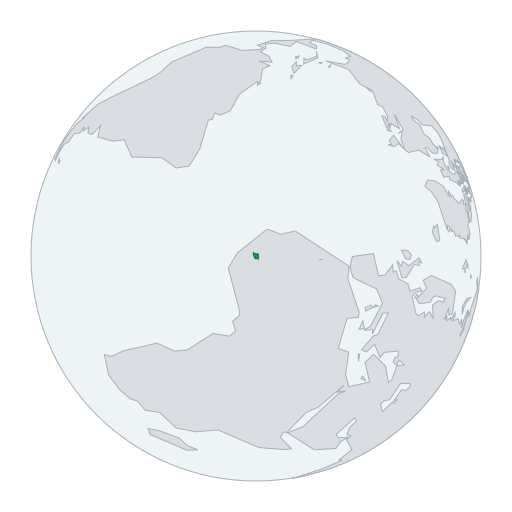 Dinguiraye highlighted on a globe, orthographic projection, rotated 87°
{"feature_id": "GIN-5634", "entity_name": "Dinguiraye", "entity_type": "Prefecture", "adm_level": 1, "iso_a3": "GIN", "parent_name": "Guinea", "parent_adm1": "", "projection": "orthographic", "projection_center": [-10.675, 11.582], "detail": "medium", "context": "on_globe", "style": "filled", "palette": "green", "viewbox_px": 512, "rotation_deg": 87, "n_neighbors": 0, "source": "natural_earth", "source_scale": "10m", "svg_char_len": 9395}
<svg xmlns="http://www.w3.org/2000/svg" viewBox="0 0 512 512"><g transform="rotate(87 256 256)"><circle cx="256" cy="256" r="225" fill="#eef3f6" stroke="#a8b0b8"/><path d="M189.9,40.6L189.2,41.0L170.2,49.8L174.7,48.3L170.3,51.7L173.8,51.4L169.3,53.8L176.0,51.7L179.5,49.6L183.6,48.2L186.0,48.1L180.6,50.8L178.7,51.3L178.3,52.1L174.6,53.6L177.8,52.8L171.0,56.6L181.2,52.8L178.7,55.9L173.3,58.5L169.4,58.2L147.1,65.6L140.4,69.4L134.9,74.3L133.8,83.1L128.3,87.7L124.0,94.0L129.1,91.1L134.2,85.3L142.6,82.1L147.9,76.1L152.1,74.2L159.4,68.6L163.0,69.8L162.6,74.2L156.8,79.1L156.5,81.4L165.9,77.4L158.8,88.0L160.6,98.2L158.2,101.4L146.7,105.2L136.9,102.7L121.9,110.3L136.4,106.1L130.3,115.1L131.3,117.2L134.4,117.4L138.6,114.5L137.5,118.0L122.8,122.9L123.5,119.7L128.2,118.0L123.5,117.2L113.6,121.8L111.2,126.6L98.6,130.5L96.8,134.2L93.1,137.6L96.8,131.1L89.8,143.2L74.6,153.7L64.8,176.2L69.3,157.3L67.7,153.9L64.8,152.6L63.1,156.2L61.7,151.3L56.3,156.8L48.0,173.8L43.5,188.3L45.6,191.5L49.1,184.5L52.4,184.9L43.9,204.4L48.5,210.8L44.4,226.4L44.9,235.6L48.8,235.2L52.3,240.9L56.9,232.9L63.4,229.8L61.4,242.8L66.7,232.1L69.2,239.5L83.5,242.8L81.8,245.5L93.5,264.0L109.7,274.1L113.4,284.3L111.1,289.8L117.5,292.6L117.6,296.4L145.9,306.5L162.8,318.0L163.9,331.2L153.0,344.8L150.7,374.7L133.1,381.6L133.7,393.1L128.9,407.9L117.6,404.4L126.2,413.6L124.2,417.4L118.3,416.2L122.0,421.8L117.8,420.8L123.9,425.4L124.3,431.0L132.4,437.5L134.5,441.8L140.0,445.6L138.2,444.9L138.1,445.6L140.5,447.4L131.8,442.5L121.2,434.4L118.4,431.0L115.9,429.6L109.0,420.4L108.9,421.8L96.1,405.7L90.1,393.0L73.3,352.2L68.3,342.9L57.9,330.1L44.8,294.5L45.8,282.4L44.0,275.3L49.9,259.2L50.0,241.2L48.4,237.8L45.7,243.5L41.7,229.5L42.5,215.3L42.4,184.6L44.0,179.7L50.0,164.8L57.1,150.3L65.1,136.4L74.1,123.1L84.0,110.5L94.8,98.6L106.5,87.5L118.9,77.3L131.9,68.0L145.7,59.6L159.9,52.2L174.7,45.9L189.9,40.6ZM61.4,183.7L66.9,198.4L60.8,197.6L62.5,196.0L61.7,190.5L59.3,184.6L54.8,185.1L61.4,183.7ZM70.3,173.0L69.1,171.5L70.7,172.0L70.3,173.0ZM156.9,68.5L158.0,68.6L156.1,69.5L156.9,68.5ZM158.9,66.2L155.7,67.2L156.2,66.3L158.1,65.7L158.9,66.2ZM162.6,65.1L157.5,64.6L158.4,63.1L166.5,59.5L162.6,65.1ZM179.6,49.1L176.0,51.2L176.7,49.7L179.6,49.1ZM179.0,48.5L175.6,47.0L182.0,44.2L181.9,45.0L188.5,42.0L193.4,41.3L190.8,42.9L185.7,44.7L191.5,43.1L179.0,48.5ZM185.3,47.5L184.0,47.2L189.5,44.7L193.1,44.8L190.2,45.6L185.3,47.5ZM187.9,41.8L192.6,40.3L197.8,39.2L200.4,38.5L194.1,41.1L187.9,41.8ZM190.1,46.1L194.8,45.0L194.3,46.2L186.9,47.6L190.1,46.1ZM189.5,44.1L192.2,43.0L191.9,43.6L189.5,44.1ZM195.4,50.7L193.8,49.9L196.5,48.5L195.4,50.7ZM196.5,44.6L196.7,44.2L197.6,43.7L200.4,43.3L196.5,44.6ZM198.2,40.4L199.4,40.4L201.1,39.2L205.1,38.7L200.1,40.7L203.9,39.7L205.2,39.5L199.7,41.4L198.2,40.4ZM206.1,41.5L201.1,44.5L203.6,45.9L201.2,47.1L197.7,44.7L206.1,41.5ZM202.8,41.2L204.3,41.6L200.6,42.7L197.3,43.1L202.8,41.2ZM209.6,37.8L204.7,38.0L205.9,37.7L209.6,37.8ZM207.5,41.6L208.7,41.0L208.1,41.6L207.5,41.6ZM209.7,38.6L207.9,38.7L209.3,38.2L209.7,38.6ZM212.5,39.8L211.0,40.6L208.7,40.8L212.5,39.8ZM211.9,39.1L214.3,38.4L208.8,40.4L210.8,39.1L211.9,39.1ZM211.4,38.2L211.7,37.9L212.0,38.3L211.4,38.2ZM222.1,38.9L215.7,41.3L210.7,41.5L217.6,39.1L222.1,38.9ZM148.7,451.9L133.7,443.9L141.0,447.8L140.1,446.0L150.2,451.3L148.7,451.9ZM148.6,447.3L151.1,446.8L153.4,448.0L152.2,448.7L148.6,447.3ZM469.2,183.3L472.6,194.8L477.6,215.9L479.0,226.8L471.5,199.6L464.4,180.5L464.0,183.9L454.3,170.4L444.2,175.4L440.8,170.9L439.3,174.5L432.2,171.5L426.0,164.2L422.7,166.1L438.5,185.3L441.9,183.5L441.8,173.7L445.8,181.2L452.4,186.2L452.5,208.2L434.2,233.6L429.0,218.2L397.3,180.3L396.4,175.4L396.1,174.9L395.5,174.0L396.1,182.1L389.5,174.8L410.1,201.6L415.0,214.2L434.0,234.6L433.1,237.5L438.1,241.3L450.2,230.9L451.0,236.3L447.4,263.4L427.7,303.0L428.4,325.1L423.6,344.7L407.1,360.6L404.2,374.8L395.1,381.5L391.6,389.7L381.8,399.5L367.0,409.4L346.5,412.6L348.7,405.5L343.6,392.7L337.9,359.4L346.7,342.3L346.3,329.7L331.1,302.9L334.7,286.5L329.7,280.2L320.1,282.8L314.0,275.3L307.8,275.7L266.6,284.3L252.0,274.5L229.6,243.3L235.6,230.2L233.1,215.5L271.1,163.6L283.2,165.5L317.8,155.9L322.8,157.1L323.1,168.4L352.6,178.7L356.9,168.5L379.2,172.7L391.3,170.1L387.8,149.1L368.0,152.7L360.3,143.7L372.7,132.4L389.3,130.4L386.8,126.9L372.7,120.9L372.8,113.7L367.3,118.4L372.3,121.4L369.0,124.7L364.3,122.3L364.5,119.6L358.4,119.0L358.9,132.8L364.0,137.4L350.4,142.2L357.6,150.6L355.2,155.5L342.2,143.3L340.6,138.3L319.5,126.8L319.9,132.3L339.9,143.8L335.3,143.4L336.0,152.0L331.8,145.1L309.9,132.1L295.2,137.4L282.8,160.1L272.8,162.9L261.6,159.8L259.7,138.5L282.2,134.7L281.8,128.2L271.8,119.9L279.4,119.9L278.1,116.4L286.1,115.0L291.9,105.7L299.1,104.0L296.3,93.9L299.6,91.9L300.4,98.2L304.8,102.1L322.2,99.2L324.0,96.7L320.8,90.7L326.0,91.1L320.6,85.7L328.0,82.2L314.4,82.3L310.2,76.3L311.8,71.2L308.0,69.5L305.3,78.0L306.4,81.5L311.3,84.4L312.2,95.4L307.3,98.0L297.1,87.3L289.0,90.3L284.6,81.7L294.7,62.4L301.6,58.5L323.8,62.9L325.2,66.4L317.9,66.3L329.4,71.3L326.2,68.5L330.5,69.2L327.6,64.6L330.5,64.9L322.7,60.2L326.0,60.2L330.9,63.1L329.3,57.2L334.6,56.5L332.9,55.1L329.5,53.8L338.6,54.4L336.9,53.4L333.2,52.8L327.5,50.5L320.8,47.1L324.3,47.4L327.2,48.7L338.5,52.4L345.6,56.4L346.3,56.3L341.0,53.0L327.3,48.3L322.3,46.2L328.7,47.9L326.0,47.1L324.6,46.2L326.5,45.9L319.4,44.0L299.5,36.3L301.2,35.7L309.1,37.5L300.7,35.2L317.0,39.1L333.0,44.3L348.5,50.6L363.5,58.0L378.0,66.6L391.7,76.2L404.7,86.8L416.9,98.3L428.2,110.7L438.5,123.9L447.8,137.9L456.1,152.5L463.2,167.6L469.2,183.3ZM262.9,189.1L263.0,193.6L262.9,189.1ZM410.4,139.4L418.1,138.0L408.6,126.8L410.7,125.6L406.7,122.5L407.8,126.0L397.1,117.6L398.2,113.3L394.1,108.7L391.4,109.0L391.0,118.4L406.5,130.1L407.3,135.5L410.4,139.4ZM84.0,242.8L85.5,245.7L83.0,245.2L84.0,242.8ZM58.5,202.5L60.4,203.6L60.9,206.0L59.1,206.1L58.5,202.5ZM78.0,209.6L80.9,211.7L77.3,211.7L78.0,209.6ZM68.1,200.5L75.7,208.5L68.7,210.4L64.2,205.5L68.2,205.7L68.1,200.5ZM66.4,179.8L67.2,181.2L66.0,183.4L66.4,179.8ZM71.5,173.5L70.9,173.5L71.1,171.3L71.5,173.5ZM131.1,114.8L132.3,114.5L134.8,115.5L132.3,116.6L131.1,114.8ZM154.0,112.5L151.7,118.4L151.6,114.7L147.6,116.9L142.5,112.2L156.8,102.8L151.2,107.6L154.0,112.5ZM139.5,104.4L141.2,107.8L138.8,104.5L139.5,104.4ZM263.0,100.7L267.4,102.3L266.9,106.4L257.7,110.5L258.3,104.4L263.0,100.7ZM273.8,103.8L266.2,93.2L271.6,90.9L269.9,93.9L274.2,93.4L272.6,98.2L285.2,107.1L285.6,111.4L268.3,115.4L273.8,111.4L269.1,109.8L273.8,103.8ZM237.3,76.1L234.0,73.2L250.0,71.7L251.1,74.8L242.0,78.5L235.3,77.1L237.3,76.1ZM178.0,59.6L175.7,59.8L177.2,58.8L180.3,58.0L178.0,59.6ZM194.4,50.4L189.4,58.6L186.6,59.0L187.0,64.2L179.7,67.4L179.7,63.8L174.4,70.6L171.4,68.6L168.7,73.3L169.3,64.9L166.4,64.0L172.4,63.7L179.2,60.6L181.3,59.0L185.0,54.1L182.1,51.2L188.4,48.3L193.6,47.1L195.3,47.3L190.7,49.0L196.2,48.1L190.8,50.8L194.4,50.4ZM251.0,42.7L244.9,43.1L255.1,44.7L249.7,46.2L251.3,46.3L249.1,48.3L249.1,51.1L246.1,51.6L247.4,52.5L246.0,54.1L246.8,55.6L241.6,57.3L242.1,59.4L239.3,59.0L241.7,62.5L237.6,60.7L235.4,63.1L240.5,63.5L210.4,71.7L201.0,77.5L195.3,83.7L189.1,80.7L190.4,73.4L196.1,65.3L206.1,60.6L201.5,60.5L204.9,58.3L207.1,59.3L205.7,56.6L209.1,55.2L214.2,49.9L210.1,47.6L211.8,45.9L215.1,46.2L214.6,44.4L222.0,43.8L223.4,42.8L232.2,41.5L237.8,43.1L239.0,41.8L245.7,41.2L251.0,42.7ZM224.6,38.5L232.5,39.3L233.5,40.8L217.8,42.5L215.5,43.6L205.5,45.4L204.3,43.5L207.3,43.1L209.9,42.2L209.2,43.1L211.7,41.8L215.9,41.4L218.9,40.3L220.7,40.8L224.6,38.5ZM325.9,152.4L329.3,152.5L334.1,151.3L334.6,157.0L325.9,152.4ZM310.9,143.7L313.6,142.6L316.7,149.5L313.2,149.7L310.9,143.7ZM312.5,136.5L313.5,142.0L310.9,139.2L312.5,136.5ZM302.6,97.2L305.2,96.0L306.5,97.3L306.2,99.7L302.6,97.2ZM280.0,50.3L276.4,49.6L276.5,49.0L270.6,46.5L274.1,45.5L279.0,46.7L280.0,50.3ZM386.0,153.2L384.1,157.7L381.5,156.2L382.7,154.9L386.0,153.2ZM359.3,157.5L366.6,159.1L359.3,159.1L359.3,157.5ZM282.8,48.8L280.0,47.8L283.5,48.0L282.8,48.8ZM276.3,44.8L280.0,44.8L273.8,45.2L276.3,44.8ZM446.4,335.0L428.8,370.9L422.7,372.9L424.8,363.6L433.5,342.5L441.6,334.6L446.6,324.2L446.4,335.0ZM480.0,231.7L480.0,232.2L478.0,217.7L479.0,224.1L480.0,231.7ZM308.6,43.7L312.9,47.9L318.4,51.2L325.1,53.2L317.5,52.6L309.1,47.4L308.6,43.7ZM300.3,36.9L294.4,35.9L295.6,35.7L297.1,35.9L300.3,36.9ZM297.7,36.8L293.0,36.9L288.8,35.9L293.4,36.0L297.7,36.8ZM288.2,41.6L289.2,42.8L286.4,42.5L288.2,41.6Z" fill="#d9dde1" stroke="#a8b0b8" stroke-width="1"/><path d="M254.9,253.5L255.0,253.5L255.3,253.8L255.5,254.0L255.5,254.3L255.7,254.7L255.9,254.8L256.0,254.8L256.1,254.7L256.3,254.4L256.5,254.2L256.6,253.9L256.9,253.9L257.1,253.7L257.3,253.6L257.6,253.5L257.8,253.6L258.0,253.7L258.2,253.8L258.3,253.8L258.5,253.9L258.7,254.0L258.8,254.0L259.0,254.1L258.8,254.3L258.6,254.5L258.3,254.8L257.9,255.0L258.0,255.4L258.2,255.6L258.3,255.8L258.5,256.1L258.5,256.8L258.1,256.8L257.7,256.5L257.4,256.5L257.1,256.6L257.3,257.2L257.3,257.5L257.2,257.6L256.8,257.6L256.5,257.6L256.4,257.6L256.1,257.4L255.9,257.4L255.9,257.6L255.9,257.8L255.7,257.9L255.4,257.9L255.1,258.2L254.6,258.4L254.4,258.5L254.2,258.4L254.0,258.2L253.1,258.2L253.8,257.6L253.8,257.4L253.7,257.2L253.7,256.8L253.8,256.7L254.0,256.6L254.2,256.4L253.9,256.2L254.2,255.7L254.2,255.4L254.3,255.2L254.3,254.8L254.1,254.6L254.0,254.3L254.1,254.2L254.3,253.9L254.5,253.8L254.5,253.6L254.9,253.5L254.9,253.5Z" fill="#22c55e" stroke="#15803d" stroke-width="1.5"/></g></svg>